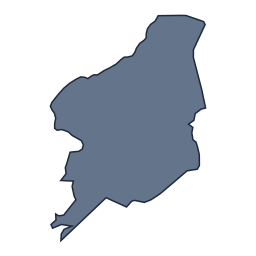 the district of Morrinhos do Sul, Rio Grande do Sul, Brazil
{"feature_id": "56859067B77647106940694", "entity_name": "Morrinhos do Sul", "entity_type": "district", "adm_level": 2, "iso_a3": "BRA", "parent_name": "Brazil", "parent_adm1": "Rio Grande do Sul", "projection": "natural_earth1", "projection_center": [-49.972, -29.343], "detail": "fine", "context": "isolated", "style": "filled", "palette": "slate", "viewbox_px": 256, "rotation_deg": 0, "n_neighbors": 0, "source": "geoboundaries", "source_scale": "gbopen_adm2", "svg_char_len": 1188}
<svg xmlns="http://www.w3.org/2000/svg" viewBox="0 0 256 256"><path d="M201.7,89.6L193.4,57.6L193.4,49.8L205.1,24.6L203.6,21.6L186.0,15.5L180.6,15.4L158.2,15.7L155.1,21.2L150.6,24.4L147.5,28.7L146.3,33.3L146.1,38.0L143.9,40.4L139.8,43.3L136.5,48.1L134.9,52.2L132.4,55.8L128.0,57.0L124.1,57.2L121.1,59.5L116.3,64.0L109.4,68.0L103.9,70.7L97.6,74.9L93.7,74.9L90.9,76.3L87.9,78.6L84.8,77.3L80.7,76.9L75.8,79.4L69.5,83.4L63.7,88.3L59.4,93.1L55.5,97.8L51.8,102.6L50.4,106.3L52.1,110.0L54.4,113.2L55.7,118.2L54.6,124.0L54.7,128.4L57.3,130.3L61.4,129.5L64.6,130.5L68.4,131.9L72.2,135.5L81.3,140.6L83.4,144.9L82.2,149.1L78.9,151.3L70.1,152.2L66.6,164.1L65.3,167.6L66.1,173.6L60.8,180.5L73.4,181.1L72.1,186.4L74.1,196.0L75.9,199.8L63.6,215.2L58.6,215.8L55.7,214.0L56.0,220.0L51.0,224.5L52.6,228.2L61.4,224.5L71.8,226.1L64.0,229.4L61.3,234.0L60.9,240.6L63.8,237.9L106.1,197.7L126.5,207.0L131.7,201.2L134.7,200.4L144.4,202.4L150.9,199.8L160.2,193.7L165.5,189.2L187.1,170.8L197.3,169.2L199.4,165.5L199.3,154.7L197.5,146.9L196.0,142.1L193.0,139.8L191.8,132.9L192.8,127.4L188.5,124.2L193.9,120.3L195.2,113.6L201.2,109.1L205.6,108.0L201.7,89.6Z" fill="#64748b" stroke="#1e293b" stroke-width="1.5"/></svg>